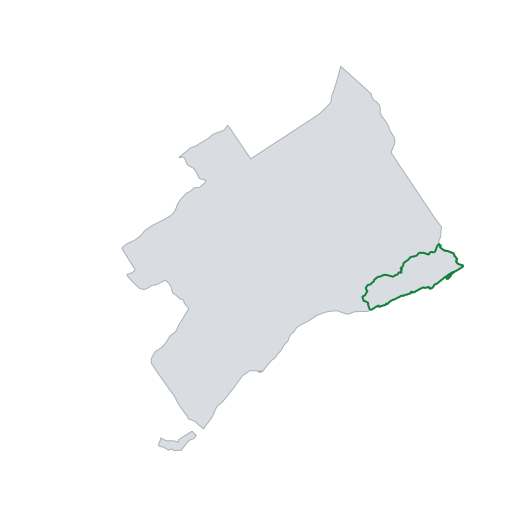 Namibe on a map of Angola (Equal Earth projection), rotated 236°
{"feature_id": "AGO-1893", "entity_name": "Namibe", "entity_type": "Province", "adm_level": 1, "iso_a3": "AGO", "parent_name": "Angola", "parent_adm1": "", "projection": "equal_earth", "projection_center": [12.66, -15.394], "detail": "fine", "context": "in_parent", "style": "outline", "palette": "green", "viewbox_px": 512, "rotation_deg": 236, "n_neighbors": 0, "source": "natural_earth", "source_scale": "10m", "svg_char_len": 8056}
<svg xmlns="http://www.w3.org/2000/svg" viewBox="0 0 512 512"><g transform="rotate(236 256 256)"><path d="M380.8,247.5L381.2,251.1L381.6,256.1L381.9,259.7L382.2,261.3L382.3,262.1L381.9,263.1L381.6,265.2L381.0,267.1L380.6,268.5L380.8,270.9L380.3,278.1L380.2,281.7L380.9,288.1L380.7,290.1L379.0,295.9L378.4,298.9L378.3,300.4L380.0,304.7L379.9,305.6L378.6,305.8L377.5,305.9L339.5,305.9L338.4,380.3L338.3,386.6L339.4,394.9L341.5,404.0L342.3,404.9L344.6,406.5L347.6,409.9L349.3,412.5L352.8,417.0L357.4,422.7L365.8,432.3L337.0,439.5L326.0,442.1L325.1,442.0L323.5,441.0L319.9,440.8L315.8,442.2L312.5,442.6L310.1,442.0L307.7,440.8L305.5,439.0L301.5,438.4L295.8,438.8L290.3,438.5L285.0,437.3L281.3,436.9L279.0,437.1L276.5,436.7L274.0,435.7L271.8,434.0L269.2,430.4L267.2,427.0L266.7,426.5L266.0,425.9L265.4,425.8L254.1,425.6L185.1,425.5L177.1,426.0L176.5,425.9L175.5,425.5L174.8,424.7L172.6,422.8L170.6,421.3L167.9,418.8L166.2,416.0L164.8,415.2L162.2,414.7L160.2,414.2L158.7,414.1L155.9,415.4L153.8,416.7L152.3,417.9L149.7,419.3L147.5,420.7L143.7,420.5L142.9,420.7L140.7,420.6L138.7,419.4L136.7,419.5L134.5,421.1L131.3,421.7L132.0,411.5L132.8,406.9L132.8,401.5L132.3,387.4L131.7,385.5L131.4,383.2L133.4,381.5L134.4,380.2L135.7,377.8L136.7,374.6L137.9,367.3L142.1,350.7L144.0,334.3L146.6,326.6L147.5,317.9L154.6,306.7L156.3,299.7L160.0,296.4L165.2,292.7L168.9,286.3L170.7,281.9L172.7,273.3L172.7,264.4L174.0,252.5L173.7,249.1L171.8,244.3L171.5,240.9L169.7,237.6L167.7,235.0L166.8,230.5L163.5,223.4L162.6,218.7L161.0,215.3L160.8,211.1L159.9,206.6L158.3,202.2L156.7,197.2L156.7,195.6L157.7,193.7L158.6,193.1L158.3,194.1L157.7,195.2L157.8,196.1L164.1,187.3L164.5,185.5L164.3,183.6L164.2,181.2L164.5,178.5L158.6,162.2L153.9,147.0L153.1,139.4L146.9,129.3L144.5,122.7L143.1,118.1L142.0,116.4L142.4,115.5L144.0,115.3L147.6,114.2L152.4,113.1L156.9,110.4L158.2,109.2L160.5,109.0L163.0,109.7L163.9,109.2L164.4,109.1L170.1,109.1L172.5,108.9L176.9,109.0L179.6,109.2L181.2,109.5L185.5,110.0L190.8,109.9L192.7,109.6L199.7,109.5L212.8,109.2L219.7,109.2L224.9,109.2L227.3,110.2L229.5,112.0L230.5,113.7L230.9,114.4L231.6,116.1L232.7,117.5L233.2,119.6L232.8,122.5L233.0,126.0L233.7,130.1L235.1,134.3L237.3,138.8L238.2,142.4L237.9,145.0L238.6,147.8L240.2,150.7L241.4,152.2L242.0,153.4L243.9,157.9L249.8,170.4L250.7,171.0L252.0,170.8L254.8,170.3L257.5,170.2L259.5,171.3L260.3,171.1L263.2,168.9L266.2,168.3L269.3,167.4L270.9,166.5L272.7,166.5L277.8,168.2L278.7,168.3L282.8,168.3L286.8,167.4L287.5,160.2L287.5,158.8L288.5,156.0L289.8,153.7L289.9,151.4L289.9,148.4L290.8,144.6L293.5,141.7L298.0,140.3L300.5,140.0L304.4,139.2L310.4,138.3L312.7,138.4L312.8,138.8L311.5,144.0L311.5,145.7L311.9,147.4L313.0,148.3L324.9,148.5L336.4,149.1L337.1,149.3L337.6,149.7L338.3,152.3L338.1,157.3L336.9,164.6L337.3,171.4L339.2,177.7L339.3,187.4L337.6,200.5L337.2,208.8L338.1,212.3L339.9,215.9L342.7,219.7L344.9,224.6L346.4,230.6L347.0,234.4L346.5,235.9L346.5,238.7L347.0,242.5L346.4,245.0L344.8,246.3L344.3,248.0L345.0,251.3L345.2,254.3L346.2,256.3L347.0,256.5L348.6,255.4L350.5,253.4L352.0,252.5L354.2,252.6L357.2,253.2L362.6,253.4L364.2,253.0L369.2,250.3L370.5,250.1L372.5,250.4L375.3,251.2L378.1,251.4L379.4,250.5L379.6,249.4L380.0,248.0L380.8,247.5ZM158.3,75.1L157.9,75.6L155.7,76.8L153.2,78.0L150.1,82.6L148.4,84.7L148.0,85.2L146.5,86.3L145.5,87.2L145.5,87.8L146.2,88.4L146.9,89.4L146.9,97.0L146.5,104.5L146.1,105.2L144.1,105.4L141.4,105.9L140.6,106.3L140.3,105.5L139.4,102.8L139.9,100.2L140.4,98.2L139.8,94.3L138.5,90.7L137.0,86.2L136.6,85.4L137.8,83.9L139.6,80.8L140.4,79.1L142.5,78.8L143.3,77.6L143.9,75.8L144.1,74.7L146.5,73.8L149.4,72.3L151.0,70.6L152.6,69.5L153.6,69.4L154.3,69.9L156.2,72.8L157.7,74.7L158.3,75.1Z" fill="#d9dde1" stroke="#a8b0b8" stroke-width="1"/><path d="M160.4,414.0L160.0,413.6L159.5,413.7L159.1,413.9L156.9,414.4L155.8,415.2L155.2,415.3L154.8,415.6L154.3,415.8L154.2,416.0L154.2,416.3L154.1,416.6L153.9,416.7L153.6,416.9L153.4,417.0L153.1,417.6L153.0,417.8L152.3,418.1L151.4,418.6L150.7,419.4L150.3,419.7L149.8,419.8L149.3,420.0L148.4,421.0L147.9,421.3L147.6,421.3L146.9,421.1L145.7,421.0L145.4,420.8L144.9,420.5L144.7,420.5L144.4,420.8L144.1,420.9L142.8,420.9L141.3,421.1L141.3,420.9L141.2,420.7L141.1,420.4L140.9,420.3L140.7,420.2L140.3,419.9L140.2,419.8L140.1,419.5L140.1,419.3L140.0,419.2L139.9,419.0L139.7,418.9L139.6,419.0L139.3,419.2L138.6,418.9L138.4,418.7L138.2,418.7L138.1,418.8L137.0,419.0L136.1,419.3L135.3,419.9L134.3,420.8L133.5,421.3L133.1,421.6L133.0,421.8L133.0,422.0L132.9,422.1L132.6,422.2L132.3,422.1L132.0,421.9L131.7,421.8L131.7,421.6L131.6,421.4L131.5,421.2L131.4,420.8L131.4,420.5L131.6,419.4L131.6,415.9L131.8,413.5L132.0,411.4L131.7,409.5L131.7,408.7L132.1,408.5L132.2,409.7L132.5,410.2L132.8,409.0L132.7,406.9L132.9,406.2L132.7,403.7L132.8,400.8L131.9,390.5L132.0,390.0L132.0,389.5L132.5,388.3L132.0,387.0L131.1,385.1L131.0,383.9L131.4,382.3L131.6,382.1L132.0,381.7L132.4,381.5L132.6,381.7L132.7,382.1L133.0,382.3L133.2,382.2L134.3,380.9L134.4,380.5L134.5,380.1L134.5,379.4L134.6,379.0L135.0,378.3L136.2,377.4L136.5,376.8L136.6,376.0L137.0,373.9L137.2,373.2L137.0,372.5L137.1,371.7L137.3,370.1L137.5,366.9L137.6,366.5L137.8,366.1L138.5,365.3L138.7,365.2L139.0,365.4L139.3,365.2L139.4,364.7L139.4,364.2L139.3,363.8L139.0,363.6L138.8,363.7L138.7,363.7L138.7,363.1L138.9,362.3L139.4,360.6L139.5,359.7L139.6,359.3L139.8,359.0L140.1,358.7L140.2,358.4L140.3,358.1L140.5,356.6L140.5,356.2L140.7,355.8L140.9,355.8L141.0,355.8L141.1,355.7L141.3,355.4L141.5,354.6L141.9,353.8L141.9,353.3L141.8,352.8L141.8,352.3L141.8,351.9L142.0,351.3L142.3,349.3L142.4,347.1L142.5,346.8L142.8,346.1L143.1,345.1L143.3,343.3L143.4,341.5L143.3,340.6L143.1,339.7L142.9,339.3L142.9,339.1L142.9,338.8L142.8,338.7L142.8,338.4L142.7,338.2L142.8,338.0L143.1,338.0L143.3,337.9L143.5,337.7L143.6,337.4L143.6,337.1L143.6,336.9L143.4,336.5L143.2,336.2L143.0,335.8L143.4,335.1L143.5,334.5L143.9,333.9L144.0,333.5L144.0,333.0L144.1,332.6L144.5,331.9L144.5,331.7L144.6,330.7L144.6,330.3L144.8,329.9L145.3,329.7L145.5,329.5L145.9,329.8L146.1,329.9L146.6,329.3L146.7,328.3L146.8,325.5L146.8,322.8L146.8,322.5L147.1,321.7L147.2,321.4L147.8,320.8L148.2,320.6L148.8,320.5L150.7,321.0L151.7,321.4L153.1,321.7L154.0,322.5L154.5,322.7L155.0,322.5L157.2,321.4L157.6,321.1L157.9,320.6L158.2,320.3L158.7,320.2L162.5,321.3L162.8,321.7L162.8,322.2L162.6,323.5L162.5,324.1L162.6,324.7L162.9,325.3L163.6,326.6L164.2,327.9L164.4,328.4L164.8,328.7L165.8,328.5L166.4,328.7L167.2,329.0L167.5,329.1L168.1,329.1L168.4,330.0L168.6,330.4L169.0,330.9L169.2,331.5L169.4,332.1L169.2,332.8L169.1,333.2L168.8,334.0L168.5,335.5L169.1,337.9L169.0,338.8L169.0,339.4L169.4,340.0L169.8,340.3L170.2,340.8L170.5,345.2L169.5,347.7L169.2,349.2L169.2,349.8L169.0,350.5L168.6,351.7L168.2,352.4L167.7,353.2L163.9,356.6L163.5,357.0L163.1,357.2L162.7,357.5L162.3,358.0L162.1,358.8L162.2,360.8L162.2,361.2L161.7,362.2L161.6,362.6L161.6,363.2L162.4,364.9L162.4,365.4L162.2,365.8L161.4,366.4L161.1,366.8L161.1,367.3L161.4,367.7L162.3,367.8L162.8,368.0L163.0,368.6L163.1,369.2L163.4,369.6L163.8,369.6L164.3,369.2L164.7,369.0L165.1,369.4L165.2,369.9L165.3,371.6L165.5,372.2L165.9,372.7L166.3,373.2L167.0,373.6L167.7,375.0L167.8,380.5L168.6,382.9L168.6,383.6L168.4,384.3L167.0,387.6L166.8,388.3L166.6,389.1L166.6,389.7L166.7,390.3L167.2,392.0L167.3,392.8L166.9,394.0L166.7,394.2L166.4,394.5L165.0,396.5L164.5,397.1L163.8,397.6L163.7,397.7L163.2,398.0L162.9,398.2L162.6,398.3L162.4,398.4L162.0,399.1L161.9,399.2L161.7,399.2L161.4,399.3L161.2,399.5L161.0,399.9L160.7,400.5L161.1,401.0L161.3,401.2L161.4,401.4L161.6,401.8L161.6,402.3L161.5,403.2L161.1,403.9L160.7,404.4L160.2,404.7L159.8,405.2L159.6,405.8L159.5,406.5L159.7,407.2L160.6,408.6L162.8,411.5L163.3,412.8L163.6,414.1L163.1,414.3L162.8,414.1L162.5,414.2L162.0,414.6L162.0,414.4L161.8,414.5L161.6,414.4L161.1,414.4L160.9,414.2L160.6,413.8L160.4,414.0ZM130.9,404.6L130.9,405.6L131.1,406.6L131.1,407.0L130.7,406.4L130.4,405.6L129.7,402.9L129.8,402.2L130.0,401.9L130.4,401.4L130.8,401.5L130.8,402.9L130.9,403.5L130.9,404.6Z" fill="none" stroke="#15803d" stroke-width="2"/></g></svg>